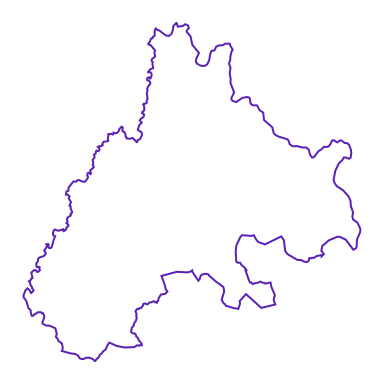 the district of Mouhoun, Mou Houn, Burkina Faso
{"feature_id": "67063806B95698273817509", "entity_name": "Mouhoun", "entity_type": "district", "adm_level": 2, "iso_a3": "BFA", "parent_name": "Burkina Faso", "parent_adm1": "Mou Houn", "projection": "natural_earth1", "projection_center": [-3.46, 12.237], "detail": "fine", "context": "isolated", "style": "outline", "palette": "violet", "viewbox_px": 384, "rotation_deg": 0, "n_neighbors": 0, "source": "geoboundaries", "source_scale": "gbopen_adm2", "svg_char_len": 5885}
<svg xmlns="http://www.w3.org/2000/svg" viewBox="0 0 384 384"><path d="M323.9,254.2L321.3,250.6L322.4,245.9L328.8,240.4L337.4,236.7L340.0,236.9L345.8,239.7L353.3,249.7L355.6,248.5L356.6,247.2L357.0,239.4L359.9,232.8L360.4,230.1L360.1,228.2L357.3,222.5L353.2,219.6L352.4,216.8L353.0,212.1L350.9,206.3L350.5,200.7L348.7,196.6L343.1,190.3L336.6,186.0L334.6,183.0L333.6,179.9L335.3,170.8L338.9,163.3L342.8,159.6L343.6,157.6L345.7,157.4L348.9,158.8L350.6,157.7L351.3,152.7L350.9,149.8L349.1,144.9L347.3,143.2L344.8,143.0L341.3,140.4L340.3,140.4L337.2,142.4L334.0,140.3L332.7,140.3L331.9,140.8L330.5,144.0L328.6,146.4L326.4,147.0L323.9,146.8L320.8,149.9L318.8,150.8L314.1,157.0L312.1,157.6L309.9,154.4L308.8,149.8L306.4,147.5L302.3,147.5L297.3,146.1L292.6,146.3L289.6,144.1L288.7,141.0L287.5,139.3L278.3,136.5L275.3,134.8L273.7,133.1L272.3,127.3L264.0,120.0L263.2,112.6L259.6,110.2L257.1,105.4L252.8,105.3L251.1,104.1L250.1,101.8L250.1,98.9L249.0,97.5L247.3,97.0L242.3,97.9L236.1,102.1L232.6,100.9L231.6,99.8L231.4,98.0L234.1,92.5L230.4,82.6L230.7,79.3L229.7,73.5L230.5,67.6L229.0,63.7L230.3,59.7L230.3,56.8L231.5,51.7L232.7,49.7L230.3,45.6L229.8,43.7L225.3,43.7L223.0,45.1L218.4,45.6L216.3,46.5L214.6,50.1L213.7,50.8L212.0,50.6L211.3,51.0L210.0,55.1L209.2,60.3L207.2,64.3L205.3,65.7L201.8,66.0L197.3,63.9L195.8,61.7L196.3,58.7L199.0,52.9L192.4,45.0L190.5,36.3L186.7,31.9L186.7,30.7L188.8,28.1L188.1,25.5L185.3,24.2L183.0,25.9L178.1,26.7L177.6,26.3L177.0,23.8L176.2,23.0L173.4,26.0L172.5,31.3L171.5,33.8L168.8,36.0L165.7,35.4L159.3,30.5L157.5,30.0L155.7,28.5L154.6,30.9L154.7,35.7L153.2,36.6L152.5,38.2L151.1,38.5L149.6,42.2L148.2,43.8L148.4,44.5L150.7,45.2L155.0,50.3L154.4,52.7L155.1,55.9L154.9,56.8L152.1,59.0L151.6,60.0L151.6,60.8L152.7,62.1L152.4,64.0L153.2,68.1L150.1,69.3L148.1,72.1L148.5,72.5L149.5,72.0L150.6,72.4L151.6,73.9L151.6,75.7L150.5,78.4L149.8,78.6L149.0,77.3L147.3,78.0L147.0,79.9L149.4,81.1L150.3,82.7L150.0,84.4L149.0,85.2L147.2,88.4L147.5,90.8L146.8,92.8L147.6,98.8L146.8,100.1L146.8,102.6L145.5,103.7L143.9,103.6L143.2,104.4L144.1,106.1L144.3,109.6L143.6,111.1L142.4,111.7L142.1,113.2L143.3,113.5L144.1,114.6L143.5,117.0L140.9,118.7L139.7,120.4L141.8,122.6L139.3,125.2L138.0,128.9L137.8,129.8L141.7,132.4L142.0,135.1L140.2,138.8L137.6,140.4L137.3,141.8L136.7,142.1L132.7,138.0L129.7,138.8L126.6,138.4L126.5,137.3L125.4,136.3L125.5,134.2L124.4,132.1L123.5,131.9L122.3,130.7L122.8,127.6L121.6,126.7L119.4,128.9L118.9,130.7L117.0,133.0L115.4,133.3L113.6,132.7L113.7,133.4L112.9,134.5L111.4,133.8L108.1,134.3L108.5,135.6L107.8,138.6L108.3,140.7L107.9,141.2L103.8,141.7L102.5,143.3L102.7,145.2L101.7,145.4L101.1,146.3L99.1,146.2L97.9,146.8L99.2,148.2L99.5,149.8L98.5,151.2L97.0,150.6L96.0,151.2L95.7,153.5L93.9,154.7L94.6,156.6L94.5,157.6L92.6,159.9L93.3,163.0L92.7,165.2L93.6,166.1L93.7,167.3L90.2,170.4L90.9,173.0L90.5,174.0L88.8,172.8L87.6,173.2L87.2,175.4L88.1,177.2L86.3,180.3L84.7,181.9L81.5,181.3L79.3,180.0L77.5,180.3L76.2,181.7L73.5,181.4L68.6,187.5L68.4,190.7L66.5,191.4L66.0,194.7L67.6,194.6L69.6,196.4L68.7,198.4L71.0,202.1L69.5,205.7L70.7,206.5L70.7,208.7L72.1,211.7L72.1,212.5L70.5,214.0L70.8,215.6L68.1,217.1L66.9,218.9L67.6,221.8L66.4,223.0L68.3,224.8L68.4,226.0L66.9,227.1L66.0,229.5L63.9,231.2L63.1,230.5L63.7,229.6L63.2,229.2L58.4,230.8L54.8,229.5L53.5,231.0L53.0,232.8L53.2,235.1L55.2,236.3L53.7,239.7L51.9,246.8L50.8,248.0L49.2,248.1L48.5,247.0L48.6,245.0L48.2,244.1L46.4,244.2L46.9,245.8L46.6,247.2L44.2,250.5L45.8,253.1L45.7,253.8L43.7,256.1L39.4,257.5L38.1,259.0L38.0,260.9L36.3,263.5L36.5,266.6L37.4,267.2L39.0,266.8L39.7,267.2L39.4,269.0L39.9,270.2L37.9,272.0L36.9,271.7L35.9,270.2L33.9,270.2L31.3,272.7L32.5,278.1L31.2,278.6L30.4,280.5L28.9,281.2L29.9,282.4L30.7,285.5L31.8,286.6L32.2,288.6L33.4,289.8L33.4,290.9L31.1,293.0L29.2,289.7L27.4,288.3L25.4,290.4L23.6,295.1L23.6,297.2L26.4,301.1L28.4,308.1L30.7,310.3L30.6,311.8L31.7,315.7L32.9,315.9L35.2,313.7L36.2,313.6L37.8,312.2L41.1,312.3L42.0,313.3L43.0,313.2L44.1,315.3L44.2,317.6L42.4,322.3L42.5,323.6L46.2,325.6L49.5,325.6L55.4,328.3L56.8,334.2L55.8,336.6L57.8,339.1L58.2,340.7L61.9,343.4L62.8,348.3L61.9,351.0L71.0,353.5L75.1,353.9L78.2,355.7L79.6,358.2L81.3,358.9L83.6,359.1L85.8,357.8L88.9,357.6L92.9,359.1L94.7,361.0L95.3,360.9L96.7,358.9L98.5,357.6L99.9,354.7L101.7,353.5L102.8,351.7L106.0,349.0L106.8,346.4L109.3,342.6L116.6,345.9L124.3,347.5L134.3,347.1L137.3,345.2L139.1,345.8L140.1,345.1L141.8,345.3L141.7,343.7L138.5,340.0L138.2,338.4L136.0,336.0L135.9,334.6L134.5,333.4L132.9,333.4L131.0,331.9L131.9,327.6L133.5,325.9L134.5,322.4L135.7,321.2L136.5,318.9L136.7,317.6L136.2,315.7L136.6,314.4L135.5,311.1L137.1,309.0L138.5,309.2L139.1,308.3L141.4,307.9L141.9,306.7L143.1,305.5L143.3,304.0L144.9,303.4L147.3,304.4L149.8,302.3L151.3,302.3L153.5,301.2L156.7,302.8L157.2,301.2L158.2,300.9L158.6,298.5L160.8,294.6L165.4,293.8L167.4,291.5L165.8,289.4L164.9,285.4L161.5,275.9L176.8,271.8L187.3,272.4L190.8,271.5L192.2,270.4L192.6,272.2L198.3,280.7L199.6,279.1L200.7,275.7L201.8,274.7L205.8,273.7L208.5,274.4L209.1,275.6L215.9,281.5L223.2,286.8L224.1,290.1L224.0,292.3L221.6,299.8L223.7,303.4L225.0,304.2L225.8,305.7L233.4,308.0L238.3,308.9L240.0,303.8L239.7,301.1L246.0,294.1L261.3,307.9L275.3,304.5L273.7,300.1L274.1,297.2L274.9,295.9L274.5,294.1L271.4,287.0L270.5,282.5L265.2,283.6L263.9,282.6L262.6,282.8L260.5,281.6L258.0,282.7L254.0,283.4L252.9,284.2L251.1,282.4L250.2,282.7L249.0,280.4L245.7,270.9L245.5,270.1L246.3,270.1L246.1,269.7L244.6,267.6L241.4,264.9L240.1,262.7L237.5,262.7L236.2,261.4L235.7,251.5L236.4,245.4L240.1,237.5L241.3,235.8L242.3,235.2L251.5,235.9L253.8,235.2L256.2,239.5L258.2,242.0L265.0,244.4L281.3,236.4L283.9,240.3L285.2,250.9L287.2,253.9L297.3,259.9L301.2,260.1L304.0,261.6L306.8,262.1L308.7,260.9L309.3,258.1L310.6,258.5L312.2,257.7L313.7,258.0L316.3,256.2L321.3,255.1L321.9,255.3L321.8,256.2L323.9,254.2Z" fill="none" stroke="#5b21b6" stroke-width="2"/></svg>